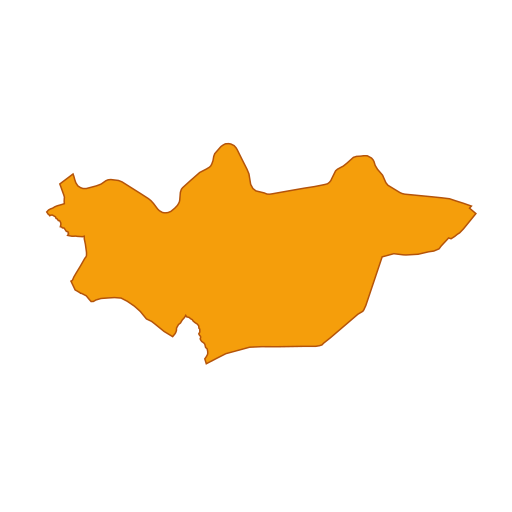 Asokore Mampong Municipal, Ashanti, Ghana, rotated 187°
{"feature_id": "2480657B67032672358324", "entity_name": "Asokore Mampong Municipal", "entity_type": "district", "adm_level": 2, "iso_a3": "GHA", "parent_name": "Ghana", "parent_adm1": "Ashanti", "projection": "mercator", "projection_center": [-1.562, 6.712], "detail": "fine", "context": "isolated", "style": "filled", "palette": "amber", "viewbox_px": 512, "rotation_deg": 187, "n_neighbors": 0, "source": "geoboundaries", "source_scale": "gbopen_adm2", "svg_char_len": 3452}
<svg xmlns="http://www.w3.org/2000/svg" viewBox="0 0 512 512"><g transform="rotate(187 256 256)"><path d="M292.2,143.0L282.9,149.4L274.0,155.4L251.2,164.7L239.3,166.7L224.0,168.5L198.8,172.0L185.8,173.6L182.1,174.7L179.7,175.8L178.3,177.7L172.2,183.9L147.7,210.7L143.3,214.1L142.4,215.7L141.7,218.0L141.0,220.1L130.7,270.5L119.5,275.1L110.1,275.1L107.3,275.3L100.2,276.6L95.3,277.5L85.2,281.2L80.1,282.6L75.2,285.4L73.5,288.4L67.0,297.4L64.5,296.9L61.2,299.6L58.8,302.1L56.7,303.8L53.4,308.2L42.9,324.9L49.9,329.5L48.3,331.8L56.5,333.6L65.0,335.2L70.9,336.4L78.5,336.4L88.8,336.2L116.0,335.5L118.6,335.8L120.9,336.5L133.7,342.3L136.1,344.7L140.2,351.6L146.0,356.9L148.8,360.5L150.4,364.1L151.6,365.8L153.3,367.3L157.6,369.0L159.3,368.9L161.5,368.6L164.1,367.9L168.5,367.1L169.7,366.5L171.3,365.8L172.2,364.8L176.9,359.4L180.4,355.8L182.2,354.6L185.7,352.1L187.4,350.2L190.4,341.6L190.9,340.0L192.1,338.1L193.8,336.4L196.0,335.5L198.9,334.5L206.5,332.0L216.4,329.2L230.9,324.8L247.8,319.6L250.0,319.0L252.6,318.8L255.5,319.6L264.0,320.6L267.3,322.6L270.0,326.4L271.4,331.1L273.0,336.6L275.5,341.0L281.8,350.4L287.6,359.2L289.0,361.0L291.2,362.9L294.6,364.1L296.9,364.2L300.1,363.6L302.2,362.1L304.0,360.5L304.8,359.4L309.4,352.6L310.1,349.7L310.3,345.4L311.1,341.9L311.9,339.9L313.1,338.4L314.3,337.5L315.8,336.3L322.1,332.0L328.6,324.7L329.8,323.4L337.2,314.8L338.2,313.1L338.8,310.1L338.8,309.3L338.5,302.3L338.7,300.2L339.4,298.3L340.2,296.6L342.5,293.5L345.9,289.9L348.6,288.4L350.7,287.9L352.2,287.7L354.2,287.8L357.4,289.2L358.4,289.9L359.5,290.8L364.2,295.7L366.2,297.4L367.0,298.1L369.7,299.8L378.4,304.0L397.9,313.2L399.7,313.7L400.1,313.8L401.8,314.2L409.4,314.2L412.1,313.6L414.2,312.4L418.4,308.6L420.0,307.7L423.1,306.1L432.6,302.3L435.0,302.0L436.0,301.9L438.6,302.5L440.2,303.3L441.0,303.6L442.0,304.6L443.8,306.8L445.2,309.7L446.5,312.9L447.6,315.1L459.5,303.6L454.1,292.9L453.3,291.0L453.3,290.0L453.2,288.7L453.1,287.1L452.6,284.6L454.9,283.5L459.4,281.6L459.8,281.4L461.7,280.3L463.7,278.7L465.7,277.7L467.5,276.4L469.1,274.2L467.3,272.1L466.7,271.9L465.6,270.8L464.6,271.6L462.9,271.8L462.1,271.4L459.8,270.4L459.0,268.9L458.0,268.7L457.1,267.8L456.6,267.1L456.1,267.0L455.3,267.2L454.4,266.0L453.8,265.0L453.5,263.6L453.8,261.2L452.5,261.1L451.6,260.3L450.0,260.4L449.3,259.7L447.2,257.3L446.2,257.3L445.2,256.7L445.3,255.8L444.7,255.1L445.5,253.5L441.6,253.2L440.1,253.3L437.2,253.8L435.9,253.7L432.7,253.9L430.6,254.0L428.9,254.7L428.5,252.0L426.8,247.0L425.0,240.2L424.6,238.5L424.3,235.7L424.7,234.3L425.6,232.9L429.1,224.5L432.2,217.7L434.3,212.8L435.0,210.3L435.5,209.2L436.6,208.5L432.2,201.6L431.4,200.3L426.0,198.0L425.7,197.6L424.5,197.6L419.6,195.8L416.6,192.9L414.1,190.7L411.8,191.1L409.6,192.8L404.8,194.9L402.9,195.3L397.4,196.4L391.4,197.5L384.8,197.8L378.3,195.4L370.6,191.4L364.8,187.4L363.9,186.7L357.1,180.2L351.7,178.4L348.5,176.5L338.0,169.9L328.9,165.8L327.1,168.6L326.4,170.1L325.9,172.3L326.1,174.8L324.6,178.5L322.8,180.3L321.4,183.5L319.5,186.2L318.5,188.5L317.5,187.2L314.7,186.8L313.4,185.8L311.4,185.0L310.6,183.9L308.7,182.6L306.9,181.7L306.0,181.3L304.4,179.7L303.8,177.3L302.9,176.6L302.5,173.7L303.3,171.8L302.7,170.8L301.3,169.5L301.0,168.4L301.3,167.1L301.0,166.7L301.0,166.3L299.8,164.9L299.4,164.5L298.6,164.1L297.0,163.2L296.0,162.1L294.9,159.1L293.2,157.9L292.3,155.3L292.0,153.1L292.3,151.8L293.3,149.5L294.3,147.7L292.2,143.0Z" fill="#f59e0b" stroke="#b45309" stroke-width="1.5"/></g></svg>